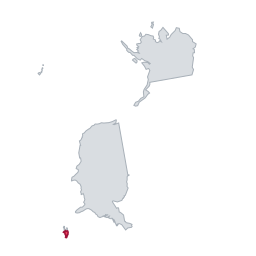 map of Dominican Republic with United States of America and Haiti greyed out, rotated 80°
{"feature_id": "DOM", "entity_name": "Dominican Republic", "entity_type": "country or territory", "adm_level": 0, "iso_a3": "DOM", "parent_name": "North America", "parent_adm1": "", "projection": "mercator", "projection_center": [-70.506, 18.775], "detail": "fine", "context": "with_neighbors", "style": "filled", "palette": "rose", "viewbox_px": 256, "rotation_deg": 80, "n_neighbors": 2, "source": "natural_earth", "source_scale": "50m", "svg_char_len": 5165}
<svg xmlns="http://www.w3.org/2000/svg" viewBox="0 0 256 256"><g transform="rotate(80 128 128)"><path d="M121.4,136.3L174.2,136.3L174.2,135.2L174.8,135.2L175.2,136.8L175.8,137.3L179.1,137.9L180.9,138.8L182.5,138.4L185.4,139.1L187.1,138.3L193.8,142.3L194.0,143.0L194.4,143.3L194.3,143.6L195.2,143.4L195.7,144.5L196.5,144.8L196.3,145.3L198.2,146.6L199.0,151.3L197.2,155.2L197.3,155.8L198.0,156.2L205.1,153.2L204.7,151.6L205.6,151.2L209.2,151.2L209.8,150.1L212.9,147.5L219.3,147.5L219.5,146.8L220.9,146.3L222.2,142.9L223.6,140.8L224.3,141.5L225.6,141.0L226.4,141.8L226.4,145.6L228.0,148.0L222.0,151.0L220.6,153.2L220.6,154.5L221.2,155.9L222.0,156.0L221.8,155.0L222.4,155.6L222.3,156.3L216.7,157.4L215.1,158.1L217.9,157.7L218.5,158.1L215.8,158.9L214.6,158.9L214.7,158.6L214.1,159.3L214.6,159.4L214.2,161.2L212.8,163.1L212.7,162.5L211.6,161.7L212.0,163.0L212.5,163.5L212.5,164.4L210.9,167.3L211.3,165.5L210.3,164.6L210.1,162.6L209.7,163.6L210.1,165.2L208.9,164.8L210.2,165.6L210.3,167.9L210.8,168.0L211.3,171.2L210.1,172.9L208.1,173.6L206.8,175.0L205.9,175.1L204.9,176.0L204.6,176.7L202.5,178.2L200.6,180.6L200.3,182.2L200.6,183.7L202.1,187.1L202.1,188.1L203.0,190.6L202.9,192.8L202.4,194.1L201.8,194.4L200.9,194.1L200.6,193.2L199.9,192.7L197.7,188.4L198.1,187.0L197.5,185.8L196.0,183.9L195.3,183.6L193.4,184.6L192.1,183.5L190.9,182.9L188.7,183.2L187.1,183.0L184.8,183.5L185.2,184.0L185.1,184.9L185.5,185.4L185.2,185.7L184.5,185.3L183.7,185.7L182.4,185.7L180.9,184.5L179.3,184.8L177.9,184.3L175.1,184.9L173.4,186.6L171.5,187.5L170.4,188.5L170.0,189.5L170.0,191.0L170.4,192.7L169.7,192.8L166.8,191.7L165.9,189.2L164.8,187.9L163.1,185.2L161.8,184.3L160.2,184.3L159.0,186.1L157.4,185.4L156.5,184.7L155.4,182.4L152.6,179.9L149.2,179.9L149.2,180.8L143.9,180.8L136.7,178.2L136.9,177.7L132.3,178.1L132.0,177.0L130.7,175.7L129.8,175.4L129.6,174.7L128.6,174.6L127.9,174.0L126.1,173.8L125.6,173.4L125.4,172.1L123.5,169.8L122.0,166.5L122.0,165.9L119.7,163.1L119.4,161.0L118.4,159.7L118.8,157.6L118.8,155.4L118.2,153.4L118.9,151.0L119.4,146.1L119.0,142.4L117.9,138.7L118.1,138.1L120.9,139.1L121.9,141.8L122.3,141.0L121.4,136.3ZM86.8,55.8L86.8,98.7L88.6,98.8L90.5,99.9L93.5,104.0L95.4,101.9L97.3,100.7L98.3,102.7L101.3,105.8L104.5,112.4L107.7,114.6L107.8,116.7L106.7,118.3L104.0,116.0L103.4,113.1L101.0,110.2L100.0,106.9L95.1,106.6L92.9,105.5L88.9,101.7L83.8,99.6L81.1,99.9L75.1,96.5L73.0,97.3L73.4,100.0L70.1,101.0L66.3,103.1L66.0,100.9L66.9,97.1L68.9,95.9L68.4,94.9L66.0,97.1L64.7,99.7L61.9,102.4L63.3,104.2L61.5,106.8L57.6,109.4L57.1,110.9L54.1,112.7L53.5,114.3L51.3,115.8L50.0,115.5L44.7,118.7L41.4,119.7L41.1,119.1L47.1,114.7L49.4,114.3L50.4,112.9L53.0,110.8L54.9,108.9L55.2,106.1L56.2,104.0L54.0,105.1L53.3,104.5L52.3,105.8L51.1,103.9L50.5,105.2L49.8,103.4L47.9,104.9L46.8,104.9L46.6,102.7L46.9,101.3L45.7,99.9L43.2,100.7L40.3,98.0L40.3,95.7L38.8,94.1L39.6,91.7L41.1,89.4L41.8,87.3L43.4,87.0L44.7,87.7L46.2,85.6L47.6,86.0L49.0,84.6L48.7,82.7L47.6,81.9L49.0,80.1L45.8,81.2L45.3,82.1L43.7,81.2L41.0,81.7L38.3,80.6L37.5,78.8L35.0,76.1L42.0,71.9L43.5,71.9L43.3,74.2L47.3,74.1L45.8,71.1L43.4,69.2L40.2,64.6L37.6,63.0L38.7,60.2L42.1,60.1L44.5,57.6L44.9,55.0L46.9,52.3L52.3,49.1L54.1,49.5L57.0,46.3L59.9,47.6L61.3,50.2L62.1,49.1L65.4,49.4L65.3,50.8L68.2,51.8L70.1,51.2L79.3,54.2L81.8,53.3L86.8,55.8ZM28.1,84.6L29.3,85.4L30.5,84.9L33.9,86.6L32.3,88.0L30.2,86.3L28.5,86.6L28.0,86.2L28.1,84.6ZM59.3,204.7L60.4,205.9L58.7,207.1L58.3,206.8L58.0,205.5L58.4,204.9L58.4,204.3L59.3,204.7ZM58.2,203.3L57.4,203.7L56.8,203.0L57.0,202.8L58.2,203.3ZM56.7,202.5L55.6,202.7L55.8,202.4L56.7,202.5ZM54.3,201.4L55.0,202.2L54.9,202.3L54.1,202.2L53.8,201.7L54.3,201.4ZM51.7,200.4L51.5,201.0L50.9,200.7L51.3,200.3L51.7,200.4ZM38.2,98.4L39.7,98.8L39.9,100.3L38.7,100.8L36.3,99.1L38.2,98.4ZM63.4,107.4L64.7,107.7L65.5,108.8L61.9,111.8L61.0,110.9L60.7,109.2L63.4,107.4Z" fill="#d9dde1" stroke="#a8b0b8" stroke-width="1"/><path d="M218.9,205.5L218.9,207.3L218.5,207.7L219.0,208.3L218.9,208.8L217.7,208.5L215.6,208.5L214.7,208.9L213.7,208.2L213.9,207.6L217.0,208.0L217.7,207.6L216.9,206.7L216.9,205.9L215.7,205.6L216.1,205.1L218.9,205.5Z" fill="#d9dde1" stroke="#a8b0b8" stroke-width="1"/><path d="M218.8,208.8L218.8,208.5L218.9,208.4L218.8,208.2L218.6,208.1L218.5,207.9L218.4,207.7L218.6,207.7L218.9,207.5L218.9,207.3L218.9,207.2L218.7,206.9L218.9,206.8L219.0,206.7L218.9,206.3L218.9,206.1L218.9,205.9L218.8,205.5L218.9,205.4L219.0,205.2L219.4,205.1L219.7,205.2L219.8,205.2L220.1,205.1L220.4,205.1L220.6,205.1L220.9,205.3L221.0,205.3L221.3,205.3L221.6,205.5L221.8,205.6L222.2,205.6L222.3,205.6L222.4,206.0L222.5,206.2L222.7,206.3L223.5,206.3L223.6,206.5L223.1,206.5L222.9,206.5L223.1,206.7L223.3,206.7L223.6,206.8L223.8,206.9L224.0,206.9L224.3,206.9L224.7,207.1L225.2,207.5L225.3,207.6L225.3,207.8L225.2,208.1L224.9,208.2L224.8,208.3L224.7,208.5L224.5,208.4L224.4,208.2L224.2,208.1L223.6,208.0L223.3,208.1L223.1,208.1L222.9,208.1L222.6,208.0L222.4,208.1L222.2,208.2L221.9,208.4L221.3,208.5L221.1,208.4L220.7,208.2L220.4,208.3L220.2,208.4L220.1,208.5L220.1,208.8L219.8,209.2L219.6,209.5L219.4,209.7L219.2,209.4L219.0,209.2L218.9,208.9L218.8,208.8Z" fill="#f43f5e" stroke="#9f1239" stroke-width="1.5"/></g></svg>